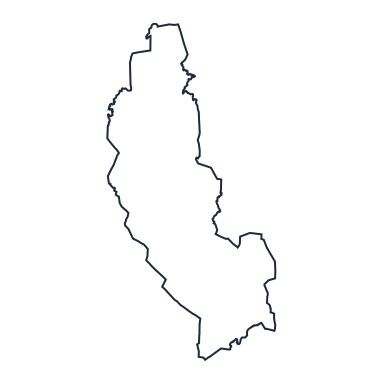 Lauderu pag., Ludzas, Latvia (Robinson projection), rotated 271°
{"feature_id": "27541924B59482299052757", "entity_name": "Lauderu pag.", "entity_type": "district", "adm_level": 2, "iso_a3": "LVA", "parent_name": "Latvia", "parent_adm1": "Ludzas", "projection": "robinson", "projection_center": [27.977, 56.316], "detail": "fine", "context": "isolated", "style": "outline", "palette": "slate", "viewbox_px": 384, "rotation_deg": 271, "n_neighbors": 0, "source": "geoboundaries", "source_scale": "gbopen_adm2", "svg_char_len": 5992}
<svg xmlns="http://www.w3.org/2000/svg" viewBox="0 0 384 384"><g transform="rotate(271 192 192)"><path d="M278.1,196.0L280.8,194.5L282.4,194.4L283.7,195.0L284.2,195.0L284.5,194.8L284.7,194.5L284.9,193.1L283.9,192.2L283.8,191.9L284.1,191.4L284.6,191.3L287.4,191.1L288.5,191.5L289.7,191.2L290.0,190.9L290.1,190.7L289.6,188.8L290.8,187.1L290.7,186.3L290.8,186.0L292.2,185.1L292.7,184.7L292.9,184.0L292.5,183.4L290.4,181.3L290.6,181.2L291.1,181.1L293.7,181.5L295.3,183.0L295.7,183.1L296.5,182.8L297.2,183.4L297.7,184.5L298.9,185.6L299.1,185.6L299.9,185.0L300.4,185.1L301.6,185.6L303.1,186.6L304.6,186.5L304.9,186.6L305.0,186.9L304.5,187.9L304.5,188.4L304.7,188.9L306.5,189.8L306.9,190.7L306.9,191.8L307.1,192.2L307.9,192.9L308.4,192.4L308.4,192.0L308.6,191.7L309.1,191.2L309.1,190.8L308.0,190.1L308.0,189.7L309.9,188.6L310.0,188.2L310.0,187.9L309.5,187.3L309.4,186.6L309.1,186.2L309.6,185.6L310.1,185.0L310.5,184.9L311.0,185.5L311.6,185.6L313.1,185.2L312.9,184.0L313.8,183.4L314.0,182.8L314.0,182.1L313.5,181.7L313.8,181.2L314.1,181.0L314.7,180.9L315.9,181.4L316.5,181.3L317.8,180.2L318.9,180.3L319.5,180.1L320.0,179.7L319.7,179.5L319.5,179.2L320.1,178.9L321.2,179.8L321.6,180.1L324.0,182.8L329.4,185.2L341.1,181.1L352.5,177.7L359.3,175.2L358.7,171.1L359.2,166.4L356.8,154.8L357.8,154.8L359.3,153.4L359.5,151.5L359.3,150.4L358.9,149.7L358.0,148.9L356.1,148.5L355.1,147.9L354.6,146.9L353.9,146.3L350.9,146.5L350.2,146.5L349.8,146.2L349.4,145.4L348.2,144.4L347.1,143.7L346.4,143.5L345.8,143.5L345.1,143.7L344.7,143.9L344.6,144.4L344.9,144.9L346.4,145.8L347.3,147.8L332.8,147.9L330.9,136.6L329.5,130.2L325.6,128.6L324.9,128.7L322.0,128.2L320.7,127.7L298.0,128.7L295.2,129.4L292.7,129.2L292.5,128.9L292.3,128.3L292.3,126.1L294.1,124.2L294.4,123.4L294.0,122.9L294.0,122.2L294.1,121.5L294.5,120.9L294.4,120.5L293.8,120.1L292.6,119.8L292.1,120.1L291.7,120.0L291.5,119.5L292.0,118.2L291.2,117.7L290.4,117.8L288.8,117.0L287.5,115.7L287.2,114.7L285.8,114.6L285.1,114.3L284.5,113.8L283.6,112.4L283.2,112.1L282.6,112.1L280.8,113.4L280.5,113.2L280.8,112.3L280.7,112.2L280.3,112.1L279.4,112.5L278.8,112.6L278.1,111.2L278.8,109.9L278.8,109.5L277.8,108.5L276.8,108.8L276.6,108.0L276.3,107.9L275.1,107.6L274.3,107.6L273.3,107.2L273.3,107.9L272.9,108.4L273.6,109.1L273.0,109.5L272.9,109.8L273.5,110.7L273.4,111.0L272.9,111.1L272.6,110.6L272.3,110.5L271.2,110.6L271.2,111.3L271.0,111.5L270.6,111.4L269.9,110.8L267.9,111.2L267.5,111.2L267.2,110.8L267.2,110.4L266.3,109.4L266.3,109.0L267.9,107.5L268.2,107.1L268.0,106.8L267.2,106.6L264.4,107.5L263.3,108.2L262.4,108.6L261.0,108.3L260.5,107.7L259.4,107.8L258.4,107.3L257.5,107.4L256.6,107.1L256.4,106.7L244.1,106.4L239.3,110.2L234.6,114.3L233.1,115.9L230.3,117.9L229.6,118.2L229.2,117.8L227.1,116.6L217.7,113.2L214.0,111.2L206.5,107.6L199.2,108.8L197.9,110.1L198.2,110.4L197.3,110.6L194.8,113.0L195.0,114.2L194.7,114.7L193.9,114.9L192.5,114.1L192.1,114.1L191.2,115.6L191.2,116.1L190.9,116.5L188.6,115.9L187.8,115.9L186.8,117.8L185.2,119.0L185.3,119.1L179.8,119.9L176.2,121.9L172.8,125.9L170.0,128.8L166.2,128.1L163.2,126.5L162.5,126.5L160.6,125.9L159.6,125.4L157.5,125.6L155.9,127.1L154.2,128.8L153.3,129.4L144.4,133.8L141.7,139.4L139.8,142.4L138.7,144.7L136.9,146.5L134.2,148.8L127.2,148.6L122.9,147.4L119.9,150.6L117.4,152.8L114.1,156.2L107.3,163.9L104.0,167.3L96.7,163.9L94.4,166.5L84.5,175.9L83.3,177.4L82.2,179.3L80.6,180.6L78.6,182.8L77.5,184.6L72.2,192.1L70.2,195.1L69.5,196.7L65.6,202.5L61.6,202.1L60.7,201.9L52.7,201.9L50.4,202.0L49.3,201.8L45.7,201.7L41.0,201.7L39.7,199.8L32.9,201.6L27.3,201.6L26.6,206.4L24.5,208.0L27.1,211.6L27.3,212.2L35.9,223.6L35.8,226.6L35.6,227.6L35.1,231.5L35.3,232.9L37.1,233.2L38.1,233.8L38.3,233.5L38.9,233.7L39.0,233.4L39.5,232.7L40.4,232.6L42.1,233.6L42.5,234.3L42.5,235.2L43.1,235.6L43.1,236.0L43.3,236.3L43.7,236.3L43.7,236.5L44.0,236.7L45.8,238.5L45.5,238.9L45.6,239.4L44.9,239.8L43.7,239.6L43.4,239.7L42.5,239.4L42.2,239.6L42.3,240.0L41.5,239.9L41.1,240.1L40.9,240.4L41.2,240.7L41.1,241.3L40.8,241.7L41.8,242.6L43.9,243.1L45.4,243.2L47.4,244.6L47.5,247.7L47.7,248.1L48.8,248.8L49.4,249.6L52.9,249.4L53.9,249.7L55.4,250.5L56.5,251.6L57.7,253.6L58.2,253.8L58.3,254.4L58.7,254.8L58.7,255.1L59.1,255.2L59.2,255.8L59.7,256.2L59.5,257.1L60.0,258.2L59.8,258.8L59.9,259.8L60.5,259.9L60.7,261.1L61.6,261.6L61.7,262.1L61.6,262.5L62.4,263.5L62.2,263.8L56.3,267.6L56.6,268.4L55.3,274.3L54.6,276.7L56.7,277.3L59.8,277.6L61.2,277.5L62.4,277.1L66.4,276.4L68.9,276.2L71.7,276.3L72.8,274.0L73.0,272.7L77.0,272.8L77.4,272.3L79.9,271.9L81.4,270.3L82.5,268.9L89.0,269.1L90.0,269.5L92.0,269.6L100.2,266.0L100.9,266.0L105.1,270.1L107.1,276.6L114.6,276.7L123.8,276.2L137.8,267.7L145.5,264.6L146.2,262.2L150.9,262.2L151.9,252.4L152.0,251.6L151.9,250.1L148.2,240.9L141.5,240.7L140.4,240.5L138.6,239.6L137.3,238.6L138.3,237.8L138.7,237.0L140.9,234.0L146.1,228.7L145.7,226.9L146.3,225.2L148.1,221.0L150.3,216.4L154.1,217.9L154.5,217.9L160.2,215.9L160.4,215.7L161.0,214.2L162.3,214.9L162.7,214.9L163.4,213.8L163.8,213.4L165.1,213.1L165.6,213.2L166.0,213.8L167.6,214.3L168.7,215.0L169.1,215.6L169.0,215.8L169.7,216.6L171.4,217.3L171.7,217.9L172.8,218.4L172.9,218.8L172.6,219.4L172.6,220.1L172.9,220.4L173.6,220.6L174.7,220.2L176.3,219.0L178.1,218.3L179.0,218.3L180.1,217.5L182.2,216.7L182.6,216.8L183.0,216.5L183.3,216.6L183.4,217.3L183.5,217.6L184.2,217.4L185.5,217.7L186.1,217.7L186.4,217.5L187.1,217.7L187.3,218.2L187.7,218.5L187.3,218.9L187.3,219.1L187.6,219.4L188.3,219.7L188.3,219.9L188.7,220.2L188.8,220.5L189.3,220.9L189.4,221.4L189.7,221.5L190.4,221.3L191.2,221.7L191.5,221.6L191.7,221.2L191.6,220.6L191.8,220.4L192.6,220.8L193.0,220.6L194.3,220.9L205.0,221.0L205.5,218.3L205.5,217.1L205.6,216.9L206.4,216.4L216.5,210.6L217.2,208.8L220.6,197.8L221.1,197.4L224.4,195.5L225.4,195.4L226.4,196.0L225.8,197.4L225.8,197.6L227.2,198.2L227.9,199.0L231.8,199.0L233.8,199.0L240.4,198.0L243.6,196.9L244.1,196.9L249.6,198.5L251.5,198.7L264.6,197.8L272.0,197.4L274.7,196.5L275.9,196.2L278.1,196.0Z" fill="none" stroke="#1e293b" stroke-width="2"/></g></svg>